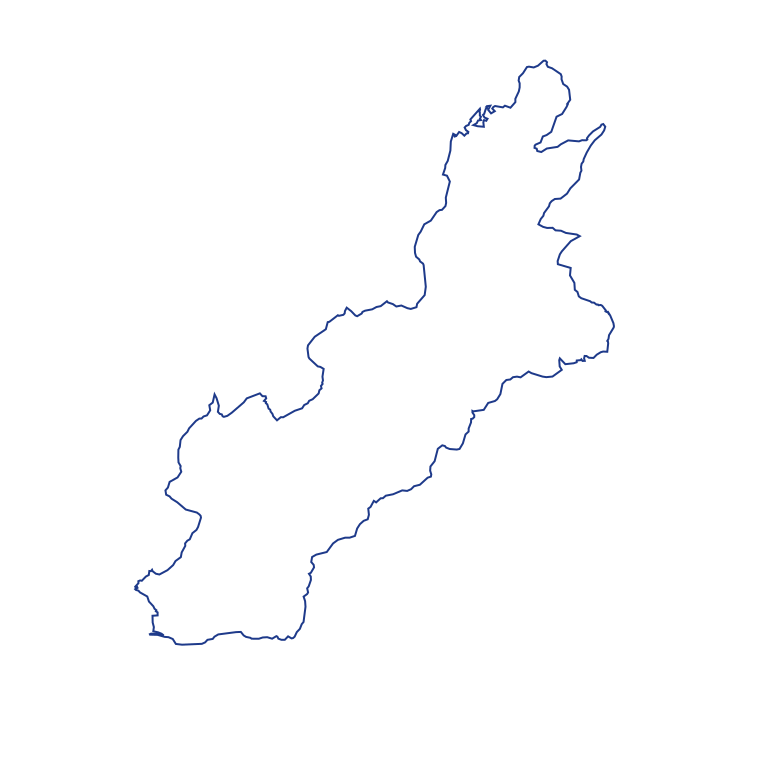 Lelese, Hunedoara, Romania (Equal Earth projection), rotated 136°
{"feature_id": "2599482B96170232434184", "entity_name": "Lelese", "entity_type": "district", "adm_level": 2, "iso_a3": "ROU", "parent_name": "Romania", "parent_adm1": "Hunedoara", "projection": "equal_earth", "projection_center": [22.652, 45.736], "detail": "fine", "context": "isolated", "style": "outline", "palette": "blue", "viewbox_px": 768, "rotation_deg": 136, "n_neighbors": 0, "source": "geoboundaries", "source_scale": "gbopen_adm2", "svg_char_len": 6108}
<svg xmlns="http://www.w3.org/2000/svg" viewBox="0 0 768 768"><g transform="rotate(136 384 384)"><path d="M513.1,494.2L520.1,489.6L524.4,490.1L527.3,485.8L533.1,484.4L536.4,486.0L539.2,485.9L540.9,487.4L544.9,488.1L555.0,487.5L558.6,486.2L564.8,486.1L569.3,485.0L574.6,480.6L577.5,479.6L583.1,474.0L586.3,470.3L587.3,466.2L589.0,465.0L590.8,461.7L597.4,460.2L606.2,462.5L611.4,459.6L615.1,459.3L617.6,455.7L616.3,452.1L616.5,449.1L614.9,442.6L613.8,431.4L607.9,421.5L607.4,418.3L607.5,416.5L608.5,415.0L617.1,410.3L620.3,409.3L625.4,409.8L631.6,407.2L634.3,407.9L637.8,407.5L639.4,405.6L646.5,403.4L650.4,400.6L656.9,401.5L661.5,400.2L669.1,400.5L677.9,403.0L679.9,406.0L680.5,410.1L679.9,411.5L681.6,411.3L682.7,412.5L685.9,410.0L689.0,410.9L694.9,410.7L695.9,412.1L697.7,412.8L699.0,411.3L703.8,411.0L704.1,409.9L702.5,409.7L702.9,408.6L705.5,409.2L705.5,408.2L704.2,405.9L704.3,403.6L701.9,395.6L704.2,390.8L704.3,384.4L705.2,381.7L704.9,379.4L706.0,379.0L705.5,377.0L707.6,374.8L711.5,378.1L716.1,373.1L718.4,369.0L721.7,366.4L719.0,362.3L717.5,358.9L717.1,356.2L720.1,361.0L724.9,366.2L726.2,366.7L726.4,366.2L721.1,360.8L717.4,354.4L714.9,351.6L713.1,347.3L714.3,341.6L710.3,336.7L695.5,323.6L692.2,322.4L688.7,322.6L684.3,319.6L681.5,320.0L677.2,319.0L662.8,308.3L659.2,305.1L659.6,300.6L658.9,297.9L656.4,294.2L656.2,292.8L651.0,287.7L647.3,285.9L643.9,283.0L641.4,278.5L636.6,277.4L636.2,276.3L636.9,274.2L635.5,271.3L633.0,268.9L628.3,269.1L627.2,265.2L625.9,264.4L623.8,264.3L619.1,266.1L614.6,266.3L610.0,268.4L607.2,268.7L595.2,278.3L591.6,282.6L589.5,286.9L585.2,286.3L583.4,286.8L581.2,290.4L578.8,290.7L572.7,293.8L570.4,296.4L569.8,299.6L567.8,299.0L561.7,300.7L560.2,302.8L560.0,306.5L555.9,309.5L551.2,308.3L541.9,302.9L531.4,304.7L525.4,303.9L518.8,300.5L515.4,297.3L510.4,294.9L503.7,298.7L498.7,299.9L493.7,299.7L489.7,298.0L485.7,300.4L481.9,305.3L479.1,304.9L472.5,307.0L471.9,304.3L465.8,304.1L464.1,302.6L460.3,302.4L454.1,298.4L444.8,294.8L441.6,291.0L437.6,289.5L433.4,289.6L428.2,286.6L417.7,286.3L414.6,284.8L412.8,286.1L411.0,289.6L407.9,292.4L401.2,293.3L390.3,300.0L384.7,299.4L383.3,297.1L383.5,295.1L381.9,291.6L377.2,286.3L374.8,284.8L368.5,286.5L360.4,291.1L356.2,291.0L354.0,293.2L348.1,295.9L345.6,298.3L344.4,297.5L342.1,297.5L340.7,298.9L340.2,302.0L339.1,303.2L338.8,302.3L330.2,296.1L322.2,298.0L316.0,294.7L313.2,294.4L307.3,295.9L298.7,301.8L293.2,301.9L290.0,299.5L286.5,299.3L283.2,296.9L281.1,293.9L271.3,292.5L270.4,289.4L264.8,279.2L262.5,276.2L257.6,272.3L246.3,270.7L245.4,274.6L241.4,279.4L239.7,280.3L239.8,272.3L233.2,267.2L230.3,265.8L229.0,267.0L226.0,264.6L224.9,264.7L225.2,262.7L223.5,261.2L222.3,263.4L220.2,264.8L218.9,263.5L218.3,260.5L215.2,257.2L210.6,257.3L206.0,256.3L203.8,255.1L201.0,252.1L194.5,257.5L193.2,259.3L193.4,259.9L191.2,260.5L188.2,262.8L179.5,265.1L178.4,265.9L176.7,268.4L173.7,276.1L173.0,279.3L173.4,279.1L173.1,280.5L173.9,281.3L173.6,281.8L174.1,282.5L173.3,283.0L172.7,288.7L173.2,290.3L175.0,291.7L174.9,292.5L176.0,293.6L176.4,296.6L178.0,298.4L178.2,300.3L182.5,308.7L183.0,311.7L180.9,315.8L181.3,319.2L176.8,324.5L174.8,332.9L169.1,337.8L175.7,349.4L173.7,351.8L167.4,355.1L163.9,355.9L150.4,357.0L140.5,354.4L141.5,357.6L148.2,366.3L150.2,371.3L153.9,375.4L154.2,379.2L158.3,383.0L160.4,386.5L162.0,391.6L156.6,393.8L152.5,394.3L150.1,395.8L141.9,397.2L139.2,398.8L136.4,399.1L132.6,398.4L128.2,394.7L120.1,393.8L114.0,395.3L101.6,395.6L96.0,399.6L93.8,400.3L91.5,403.3L88.8,405.2L86.1,405.6L84.2,407.0L77.3,409.7L69.6,411.9L63.1,412.9L54.3,412.4L49.5,413.5L46.1,415.4L45.7,418.7L47.4,419.5L49.9,418.8L58.1,420.5L63.8,420.4L67.3,419.8L67.9,418.6L69.2,418.8L72.2,421.8L75.2,423.1L82.3,431.3L90.3,433.6L94.4,434.0L103.3,440.3L109.7,441.6L111.9,445.1L110.7,447.2L111.7,449.3L110.0,450.8L108.7,450.9L103.6,449.0L97.8,451.7L94.1,450.1L88.5,449.2L74.2,456.4L68.3,454.5L60.2,456.5L57.4,457.6L57.6,458.2L52.6,459.1L46.5,467.1L45.7,470.7L46.7,475.3L44.6,479.9L42.6,481.8L41.6,484.1L43.8,494.4L45.8,498.4L44.9,501.3L43.2,502.2L43.3,504.5L44.7,505.7L52.1,506.0L56.4,507.7L59.3,511.6L61.0,512.7L68.2,511.0L73.5,510.9L76.4,508.7L77.5,506.1L80.4,503.1L83.8,500.8L91.4,497.9L93.7,495.5L101.1,494.9L103.7,500.2L106.3,500.4L111.0,506.8L113.0,507.3L114.8,506.9L114.8,503.3L119.0,504.3L118.6,508.9L114.2,510.3L117.0,512.4L117.8,512.3L117.5,511.8L118.2,511.0L119.7,511.2L124.3,508.7L125.9,508.8L126.6,505.8L125.3,502.9L127.6,502.3L128.7,504.3L130.7,503.3L133.5,499.7L137.6,504.4L139.8,508.1L136.1,507.2L133.3,508.2L130.9,506.5L130.7,508.2L128.6,508.9L128.6,510.5L126.2,513.0L126.3,513.9L124.4,514.5L123.8,515.4L138.1,514.3L138.8,512.6L141.2,512.6L143.1,511.6L145.7,512.6L147.8,512.5L148.7,509.7L148.2,506.8L149.4,506.0L150.6,506.9L153.7,506.8L153.9,510.5L154.9,513.1L159.8,512.2L161.2,512.9L160.8,513.8L159.8,514.0L160.4,515.9L167.5,512.0L174.1,505.8L183.2,500.2L187.7,498.9L189.9,496.9L196.1,493.7L194.0,490.1L196.0,483.9L210.1,475.1L213.5,471.1L216.2,469.3L221.3,469.0L223.3,470.5L226.7,471.1L236.8,469.0L244.1,470.9L251.8,468.1L255.8,467.4L266.6,461.3L270.6,456.8L272.5,453.3L272.1,449.1L272.9,447.1L272.3,443.5L272.9,442.0L286.4,424.9L293.0,419.7L304.4,418.7L307.3,416.7L312.6,419.4L314.5,422.3L317.0,428.4L321.3,431.2L322.1,435.3L324.5,439.9L324.4,441.5L332.3,442.3L335.9,444.6L340.6,445.9L346.7,449.9L349.4,450.8L351.1,450.2L356.2,451.4L357.0,453.2L357.0,459.2L357.8,464.8L361.4,463.6L363.3,462.1L365.2,462.0L369.1,464.4L369.4,465.5L380.1,466.7L381.5,467.6L387.8,463.8L401.0,466.1L411.8,464.6L414.4,462.7L419.5,455.9L420.0,454.2L419.4,442.7L417.9,440.5L416.9,436.8L423.2,432.0L425.4,429.0L427.7,427.8L428.1,426.7L430.7,426.4L432.0,424.2L434.8,424.4L437.6,422.6L445.9,422.6L449.5,423.9L452.2,423.1L456.0,424.3L459.8,423.4L466.7,426.7L479.6,430.1L481.3,431.8L486.2,432.2L486.1,437.7L485.0,440.0L484.7,443.0L483.7,444.6L484.1,446.5L482.1,450.4L482.3,452.3L481.3,453.0L482.1,455.2L478.7,455.5L477.7,457.4L479.9,459.7L479.8,463.5L492.7,469.0L497.6,468.2L513.5,469.1L518.8,469.9L522.0,471.6L522.5,472.9L521.8,474.8L522.9,476.6L522.8,479.4L517.9,483.1L514.3,490.1L513.1,494.2Z" fill="none" stroke="#1e3a8a" stroke-width="2"/></g></svg>